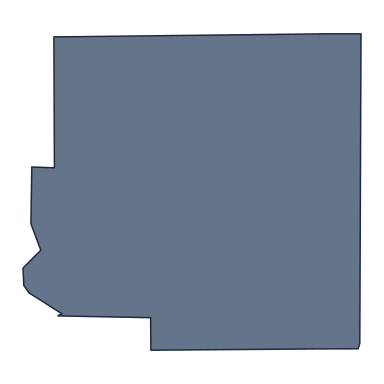 outline of Richland, Illinois, United States of America
{"feature_id": "52423323B13866918129633", "entity_name": "Richland", "entity_type": "district", "adm_level": 2, "iso_a3": "USA", "parent_name": "United States of America", "parent_adm1": "Illinois", "projection": "albers", "projection_center": [-88.143, 38.71], "detail": "fine", "context": "isolated", "style": "filled", "palette": "slate", "viewbox_px": 384, "rotation_deg": 0, "n_neighbors": 0, "source": "geoboundaries", "source_scale": "gbopen_adm2", "svg_char_len": 334}
<svg xmlns="http://www.w3.org/2000/svg" viewBox="0 0 384 384"><path d="M361.0,33.8L327.8,33.8L53.9,36.9L54.4,167.8L31.8,167.0L30.9,223.7L40.8,250.2L23.0,268.1L23.8,285.5L29.0,292.9L61.8,313.7L57.6,315.9L150.6,317.7L150.9,350.2L321.5,348.9L358.1,348.8L359.8,343.4L361.0,33.8Z" fill="#64748b" stroke="#1e293b" stroke-width="1.5"/></svg>